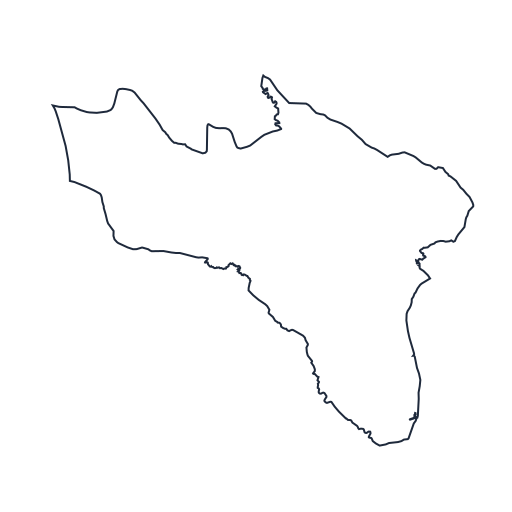 outline of Stoung, Kâmpóng Thum, Cambodia, rotated 274°
{"feature_id": "14789045B61102121423301", "entity_name": "Stoung", "entity_type": "district", "adm_level": 2, "iso_a3": "KHM", "parent_name": "Cambodia", "parent_adm1": "Kâmpóng Thum", "projection": "orthographic", "projection_center": [104.491, 12.979], "detail": "fine", "context": "isolated", "style": "outline", "palette": "slate", "viewbox_px": 512, "rotation_deg": 274, "n_neighbors": 0, "source": "geoboundaries", "source_scale": "gbopen_adm2", "svg_char_len": 6109}
<svg xmlns="http://www.w3.org/2000/svg" viewBox="0 0 512 512"><g transform="rotate(274 256 256)"><path d="M436.5,250.7L434.0,250.0L425.8,249.4L424.0,250.9L423.2,251.1L422.8,252.0L422.6,253.0L423.0,254.0L423.9,254.7L424.0,255.4L422.8,255.6L422.0,255.7L421.7,255.0L421.3,253.4L421.5,252.5L420.3,251.4L419.8,251.6L418.2,254.3L419.4,256.0L419.2,256.5L417.4,257.3L415.8,256.5L414.8,256.8L414.5,257.3L415.1,258.7L416.0,259.3L415.8,260.5L415.3,260.9L413.7,260.6L410.6,262.0L410.1,262.5L410.2,263.4L411.7,264.3L411.1,265.4L410.3,265.8L409.4,265.9L406.6,264.3L405.4,266.1L404.7,267.8L400.5,268.4L398.9,268.0L398.6,266.7L397.4,266.1L396.7,265.1L393.8,265.1L393.0,266.3L392.4,268.2L390.9,269.9L390.2,270.0L389.8,266.2L388.7,266.0L387.6,267.0L387.6,268.6L386.9,270.1L384.8,272.2L384.4,272.2L382.6,268.4L381.4,264.1L377.5,255.9L375.3,253.1L365.8,242.5L364.3,239.4L362.1,233.2L362.5,230.8L362.9,229.8L363.9,229.0L368.3,226.8L376.3,223.6L378.5,222.1L380.3,220.0L381.3,217.0L381.3,214.4L380.9,210.4L381.0,207.0L381.8,204.3L384.2,199.6L384.0,199.0L382.9,198.5L380.8,198.4L358.5,199.6L357.0,199.5L355.5,198.3L354.7,195.7L357.9,184.2L358.4,183.7L360.4,179.1L362.5,177.5L362.2,175.2L362.5,174.1L362.6,170.4L363.3,168.1L363.2,166.5L365.0,164.1L368.1,161.1L370.4,159.5L371.6,157.9L373.1,156.9L375.1,154.1L380.3,150.7L386.1,146.1L400.5,133.2L403.3,130.2L410.6,123.5L412.2,121.0L412.8,118.9L413.4,114.6L413.5,111.3L413.0,108.2L412.0,106.9L410.6,106.2L398.2,104.0L394.5,102.9L392.9,102.0L391.5,100.8L389.7,97.2L387.7,87.2L387.6,80.0L387.8,77.2L389.2,71.0L390.6,67.0L391.7,64.7L391.1,51.4L391.1,49.0L392.0,42.8L389.2,44.7L386.4,46.1L378.8,49.2L352.5,58.4L338.3,62.0L324.3,64.5L317.9,65.1L317.1,69.8L313.0,82.5L310.1,89.9L307.2,96.1L305.9,97.1L303.7,98.0L299.1,99.0L294.8,100.7L293.2,100.8L287.3,103.0L280.6,105.1L278.1,106.2L271.0,112.2L266.1,112.4L262.7,113.7L260.2,116.3L259.3,117.7L255.6,127.4L254.2,132.8L254.5,136.4L256.5,141.7L256.4,142.5L255.2,148.1L254.1,149.9L253.5,151.6L254.5,163.3L253.6,171.4L253.4,176.1L253.7,179.8L250.6,196.3L250.4,198.7L250.9,202.4L250.4,207.6L250.2,208.0L249.4,208.0L246.5,205.7L246.0,205.6L245.9,206.2L246.3,208.1L246.0,208.4L244.4,208.7L242.3,210.7L242.2,211.6L242.6,212.0L242.2,212.2L242.0,214.0L241.5,214.3L241.0,215.8L241.4,217.4L241.9,217.7L241.6,218.6L242.1,219.9L241.3,220.9L241.6,222.2L240.7,224.4L241.3,225.3L241.3,226.8L241.7,227.1L242.8,227.2L243.1,228.3L243.9,229.3L244.9,229.2L246.9,230.9L246.3,232.0L247.0,233.2L246.3,233.7L245.9,234.7L245.3,234.5L244.9,235.3L245.1,236.2L244.3,236.7L244.5,237.7L244.1,238.4L244.8,239.1L244.6,240.2L243.0,241.1L242.5,240.9L242.2,239.4L241.2,238.6L240.7,239.3L240.8,240.4L240.4,240.4L239.3,239.3L239.2,239.8L237.8,240.6L238.0,241.8L237.7,242.3L236.3,242.9L236.0,243.4L236.2,243.8L236.0,244.5L236.7,244.7L236.8,245.2L236.5,246.4L235.5,248.2L235.5,248.8L233.8,249.9L232.8,251.5L231.7,251.5L231.1,252.2L230.5,252.2L228.8,251.6L223.6,250.9L221.1,251.0L216.6,256.0L212.4,261.8L208.5,268.6L206.8,270.7L203.3,273.1L200.3,272.5L199.6,272.8L196.3,277.2L192.7,279.7L191.7,281.8L191.1,282.2L191.0,284.0L190.4,284.8L189.4,285.6L187.3,286.0L186.0,288.2L185.4,290.1L185.5,291.3L184.0,292.5L183.4,294.3L184.2,295.5L184.9,297.1L184.7,298.3L179.8,308.5L177.9,310.5L175.4,311.4L171.8,313.9L170.9,313.9L168.2,312.7L163.8,313.4L161.3,314.2L160.1,314.7L155.2,319.2L154.6,319.3L153.4,318.6L150.2,321.2L147.1,322.6L145.3,322.7L142.9,321.1L142.4,321.5L142.4,322.9L140.0,325.5L139.6,326.8L136.3,326.0L134.8,327.6L134.1,327.5L132.9,326.6L131.6,327.0L129.5,326.7L128.7,326.8L128.2,327.9L127.3,328.3L125.3,328.0L124.3,328.1L123.8,328.4L123.2,329.3L123.2,330.4L124.2,332.0L124.4,332.9L124.0,333.9L121.3,336.0L120.3,336.1L117.6,334.6L116.3,334.3L115.6,334.8L114.7,336.0L114.4,337.0L115.8,340.3L115.7,341.4L111.2,345.0L106.6,349.5L100.6,356.5L100.2,356.9L100.3,357.4L98.9,359.1L98.9,361.8L98.5,362.5L96.5,363.8L93.7,368.5L93.0,369.2L91.2,370.1L90.5,370.8L91.1,372.8L91.0,374.9L90.5,375.6L87.8,376.6L87.2,377.4L87.2,378.7L88.7,380.5L88.8,382.0L88.3,382.4L86.9,382.6L83.8,381.2L83.0,381.2L82.7,381.8L82.5,383.6L82.1,384.1L79.5,385.4L77.3,388.7L75.5,392.6L77.1,398.6L78.7,401.7L80.3,410.6L81.5,414.0L83.2,416.4L83.9,420.2L84.7,420.9L100.0,425.1L102.7,426.8L104.2,427.2L106.1,426.3L105.0,424.9L103.2,420.4L104.0,421.1L105.4,424.5L106.2,425.3L108.6,425.1L109.1,425.6L110.5,425.7L110.4,426.1L109.1,426.3L108.3,425.5L107.0,426.3L105.9,427.7L105.9,428.2L107.9,428.6L124.8,428.3L131.0,427.7L137.5,428.4L143.8,428.6L150.1,426.8L155.6,424.4L166.6,421.4L167.8,420.5L167.6,419.8L168.9,420.6L170.0,420.4L185.0,414.8L191.7,412.8L202.2,410.5L208.8,410.3L211.5,411.0L215.1,413.0L217.5,413.9L220.7,414.5L223.9,414.4L226.3,415.8L229.7,416.8L230.6,417.7L234.9,419.4L238.6,421.7L240.0,423.1L245.7,431.2L248.7,428.9L252.8,424.1L254.7,420.6L255.7,420.0L257.2,420.0L257.8,419.1L258.1,419.8L259.8,419.7L260.3,419.2L260.3,418.5L261.7,418.3L261.5,417.6L260.5,417.8L260.0,417.7L259.7,417.2L260.0,416.9L261.3,416.9L262.3,416.1L262.9,416.0L262.5,417.0L262.6,417.7L263.4,418.5L264.3,418.9L264.5,419.4L263.9,422.1L265.0,423.0L266.6,425.2L267.1,425.1L267.6,424.6L268.0,422.9L268.7,422.5L269.8,422.9L270.4,422.5L270.6,420.9L272.5,419.2L272.9,419.2L274.0,420.2L274.5,421.2L276.0,422.7L275.9,423.3L276.6,426.7L279.3,429.3L280.9,433.1L282.2,434.1L283.1,436.2L283.9,439.1L284.0,442.0L283.5,444.2L284.2,447.9L285.2,449.7L284.0,451.9L284.8,453.4L288.9,454.9L291.7,456.4L299.4,461.9L307.4,462.7L309.2,463.1L310.9,464.0L315.7,465.1L320.6,469.2L322.0,469.2L324.5,468.2L329.8,464.9L332.8,461.5L336.5,458.1L338.5,455.3L344.9,450.4L349.0,444.4L349.6,442.6L351.0,442.0L353.1,439.1L356.8,436.3L357.3,431.5L355.6,430.0L355.4,428.5L358.4,423.5L359.0,419.2L359.7,417.1L360.8,414.9L365.5,408.4L366.7,406.1L369.8,397.0L369.4,394.8L367.9,391.2L366.6,384.5L365.8,382.6L364.1,380.4L370.2,369.4L371.5,366.5L372.2,363.8L375.3,357.5L379.3,353.5L382.6,348.9L389.7,340.5L394.0,332.1L395.4,327.9L397.3,320.7L398.9,317.6L401.1,315.1L401.8,313.4L402.0,310.2L402.9,306.1L406.9,301.5L408.8,299.8L410.4,297.7L411.5,295.3L410.9,278.4L422.8,265.7L433.0,257.7L434.3,255.5L435.3,252.4L436.5,250.7Z" fill="none" stroke="#1e293b" stroke-width="2"/></g></svg>